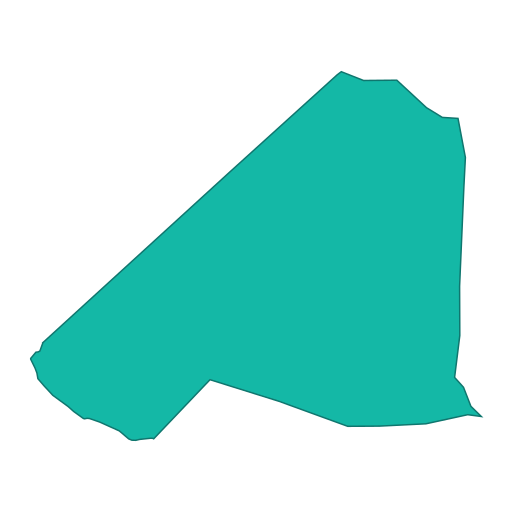 Barnwell, South Carolina, United States of America (Robinson projection)
{"feature_id": "52423323B69510084173682", "entity_name": "Barnwell", "entity_type": "district", "adm_level": 2, "iso_a3": "USA", "parent_name": "United States of America", "parent_adm1": "South Carolina", "projection": "robinson", "projection_center": [-81.514, 33.292], "detail": "fine", "context": "isolated", "style": "filled", "palette": "teal", "viewbox_px": 512, "rotation_deg": 0, "n_neighbors": 0, "source": "geoboundaries", "source_scale": "gbopen_adm2", "svg_char_len": 721}
<svg xmlns="http://www.w3.org/2000/svg" viewBox="0 0 512 512"><path d="M458.0,118.4L442.3,117.4L426.5,107.7L396.8,80.2L363.6,80.5L341.3,71.7L337.3,74.7L229.9,171.9L42.7,342.8L42.8,343.0L39.9,351.0L38.2,351.9L35.9,352.2L30.7,358.4L30.7,359.2L35.1,368.2L36.9,373.0L37.9,378.7L44.2,386.0L52.9,395.4L68.1,406.5L73.7,411.5L83.4,418.5L84.6,418.8L87.1,418.3L89.4,418.5L99.8,422.1L119.3,430.9L128.7,438.9L131.9,440.2L135.8,440.3L139.7,439.4L151.0,438.2L153.0,438.4L153.7,438.8L210.0,379.7L279.0,401.3L347.7,426.3L368.7,426.2L379.6,426.1L425.9,423.8L467.7,414.7L481.3,416.5L470.9,406.3L463.5,387.3L454.6,377.4L459.8,335.5L459.6,286.2L463.9,186.8L465.4,157.5L458.0,118.4Z" fill="#14b8a6" stroke="#0f766e" stroke-width="1.5"/></svg>